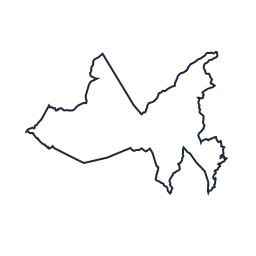 the district of Caetité, Bahia, Brazil, rotated 80°
{"feature_id": "56859067B25942812879091", "entity_name": "Caetité", "entity_type": "district", "adm_level": 2, "iso_a3": "BRA", "parent_name": "Brazil", "parent_adm1": "Bahia", "projection": "orthographic", "projection_center": [-42.469, -13.986], "detail": "fine", "context": "isolated", "style": "outline", "palette": "slate", "viewbox_px": 256, "rotation_deg": 80, "n_neighbors": 0, "source": "geoboundaries", "source_scale": "gbopen_adm2", "svg_char_len": 5681}
<svg xmlns="http://www.w3.org/2000/svg" viewBox="0 0 256 256"><g transform="rotate(80 128 128)"><path d="M128.4,215.2L129.6,213.6L129.9,212.7L130.9,212.5L131.9,211.5L132.4,210.6L133.1,210.7L133.2,209.9L134.0,209.9L134.6,209.2L134.2,208.3L134.0,207.1L133.5,206.1L132.8,205.4L135.4,203.7L150.7,183.2L154.8,177.5L153.6,153.9L148.1,128.9L149.1,128.5L150.0,127.9L150.8,127.2L151.6,125.9L151.3,124.9L151.2,123.7L151.2,122.4L151.6,121.6L151.6,120.3L150.9,119.5L150.4,118.6L151.0,117.5L151.8,117.0L154.1,114.6L154.0,113.8L153.2,112.2L152.1,110.0L157.2,108.1L167.6,106.9L170.9,106.3L171.1,105.5L171.9,105.0L173.1,105.2L174.3,105.6L175.4,106.2L176.2,106.9L177.7,107.2L178.3,107.5L179.3,108.3L180.2,108.3L181.3,108.7L182.0,109.2L182.7,109.5L183.6,109.7L184.2,109.2L185.4,107.8L186.4,106.0L187.2,105.6L188.3,104.0L188.6,103.4L189.2,102.8L190.5,102.6L191.4,102.2L192.3,100.7L192.8,100.2L193.4,99.7L196.3,99.7L197.0,99.6L199.8,98.0L199.3,97.2L198.8,96.8L197.8,96.6L197.2,96.4L196.6,95.8L195.7,95.3L194.8,94.7L192.1,96.3L191.1,96.6L190.6,96.2L189.6,95.9L187.7,96.4L186.4,96.0L185.5,95.4L184.6,94.4L183.8,93.8L183.2,93.2L182.6,92.8L182.0,91.9L180.9,91.6L180.3,91.0L180.1,90.3L180.1,89.4L179.5,88.6L179.1,87.8L178.5,85.5L177.9,84.5L176.9,84.0L176.1,84.2L175.4,84.0L173.9,84.0L173.2,84.1L172.6,84.8L171.9,84.6L171.7,83.3L171.0,82.0L170.2,81.2L168.9,80.2L167.0,79.9L165.5,78.5L164.4,78.3L163.6,78.7L162.7,78.5L161.7,78.1L158.8,77.5L157.5,77.1L156.8,76.6L162.0,73.6L163.8,71.4L173.8,66.7L183.9,59.9L195.6,58.3L203.7,60.2L205.6,60.1L204.8,59.6L204.2,58.9L203.5,56.5L201.3,55.0L201.6,53.8L201.3,53.0L200.7,52.7L199.6,53.1L198.6,52.8L198.1,52.0L196.7,51.6L195.8,51.5L193.5,50.5L192.6,50.6L193.0,51.5L193.1,52.3L192.1,52.6L191.1,52.6L190.5,52.4L189.1,51.3L188.6,50.9L188.1,50.0L187.6,49.5L186.9,49.2L186.2,49.3L185.6,50.1L184.9,49.6L184.4,46.8L183.3,46.3L182.4,45.3L181.5,43.9L180.3,44.0L179.9,44.7L179.3,45.4L178.8,44.5L178.7,42.2L178.0,41.5L177.7,39.7L177.3,38.8L175.7,37.9L175.8,37.0L174.9,36.3L174.6,37.2L174.8,37.8L174.5,38.5L173.5,38.3L172.6,38.4L172.4,39.1L172.7,40.3L173.4,41.9L172.5,41.6L171.5,41.6L170.8,39.7L170.2,38.5L165.6,38.1L164.7,37.6L164.1,37.0L163.5,36.6L163.0,37.5L162.7,38.5L162.1,39.4L160.9,38.9L159.1,39.0L157.5,38.7L156.9,39.0L157.4,40.5L157.6,41.4L156.9,42.0L156.3,42.0L154.9,42.7L154.2,42.9L152.2,42.9L152.1,43.9L153.2,48.6L153.2,49.6L154.1,51.0L152.7,52.5L152.5,53.5L153.0,55.5L153.3,56.4L153.5,57.2L153.8,57.8L154.9,58.6L153.1,58.7L151.4,59.1L150.4,59.6L148.7,59.9L147.6,60.0L146.3,59.5L145.6,59.1L144.4,56.9L143.7,56.1L142.7,55.3L141.9,53.7L140.3,53.3L139.6,52.5L138.7,52.3L136.5,53.0L135.2,53.1L130.6,51.7L129.9,51.6L128.9,51.7L127.2,53.2L126.5,54.0L125.2,54.7L124.5,54.8L123.7,54.5L122.5,53.7L120.4,54.6L119.7,54.6L118.3,53.6L117.3,53.7L116.0,54.3L115.2,54.3L114.4,54.1L113.5,53.3L112.4,52.9L111.7,52.9L111.2,53.3L110.4,53.7L110.6,52.5L111.2,51.6L111.6,50.6L111.5,49.7L111.3,49.0L110.4,48.6L109.3,48.4L108.7,47.7L107.9,47.8L107.1,48.3L105.9,48.6L104.9,46.4L104.5,45.9L104.2,45.3L103.9,44.1L103.5,43.2L103.2,42.3L102.7,39.5L102.6,37.9L101.8,36.0L101.3,35.3L100.0,36.6L99.3,37.0L98.7,38.6L97.9,38.8L96.9,38.3L95.4,37.1L94.7,36.8L94.0,37.3L92.4,37.9L88.7,38.8L88.2,41.3L87.7,41.9L86.7,42.1L85.8,42.0L84.0,42.4L83.3,42.8L82.5,42.9L81.5,42.9L80.7,42.7L79.9,42.5L78.0,41.1L77.7,40.2L77.5,39.2L77.0,38.1L75.7,36.8L75.3,35.9L75.2,34.9L75.3,34.0L75.2,33.1L74.3,31.5L73.8,29.5L73.5,28.5L72.8,27.7L71.9,27.3L71.0,27.4L68.9,27.3L68.5,28.0L68.5,28.8L69.5,30.7L68.7,32.2L68.2,32.8L68.6,33.8L68.1,34.9L68.1,36.2L67.8,37.1L68.4,38.2L69.0,38.6L70.2,39.9L70.3,40.6L71.0,41.6L71.1,42.7L72.2,44.3L72.3,45.6L72.6,46.4L72.7,47.4L74.6,50.6L74.7,51.4L75.1,52.0L75.4,52.9L75.3,53.5L75.9,54.3L76.0,55.4L77.4,56.8L78.2,57.4L78.6,58.2L79.5,58.5L80.3,59.1L80.8,60.0L81.5,60.1L81.9,60.7L82.2,62.2L82.8,63.1L83.1,63.9L83.1,64.8L83.1,65.9L83.4,66.8L84.7,69.0L85.4,69.6L86.0,70.3L87.6,70.8L88.9,71.9L89.9,72.5L90.4,73.1L91.2,73.2L91.9,73.9L92.7,74.3L93.5,74.2L94.6,74.7L94.8,76.0L94.8,76.9L94.9,77.9L95.4,79.0L96.0,81.1L97.7,84.5L98.0,85.2L97.9,85.9L97.5,86.5L97.4,87.2L98.3,88.5L98.7,89.1L98.9,90.2L99.0,91.0L99.3,91.8L99.8,92.2L100.7,92.3L101.6,92.7L102.2,93.3L104.0,94.5L104.5,95.7L105.0,96.3L105.7,96.8L106.1,97.5L106.2,98.4L106.6,99.2L107.0,101.4L107.0,102.5L107.2,103.3L108.8,104.7L109.9,105.3L110.8,105.5L113.1,107.0L114.0,107.2L115.1,108.0L115.6,108.9L115.3,109.9L115.9,110.9L116.6,111.6L116.9,112.3L106.5,118.4L51.1,139.9L50.4,140.2L52.7,143.7L53.8,146.5L54.1,147.7L54.5,148.8L55.2,149.7L56.0,150.5L56.7,150.9L57.9,150.9L58.9,151.3L60.1,151.7L60.7,152.4L61.2,153.2L62.5,153.5L63.3,154.0L65.2,154.1L66.0,154.7L66.6,155.0L67.0,155.7L68.0,155.8L70.5,155.6L71.1,154.7L71.8,153.5L73.0,152.2L73.7,150.9L74.0,149.9L76.0,156.8L78.9,159.1L87.9,163.6L90.2,164.3L91.1,164.3L92.7,164.3L93.6,164.0L94.7,164.3L95.8,164.5L96.3,165.2L95.7,166.1L95.6,166.9L96.5,170.9L96.9,171.9L97.1,173.2L98.3,175.1L99.4,176.3L100.0,177.1L100.9,178.8L101.1,179.7L100.8,180.5L100.9,181.2L100.6,182.8L100.2,183.8L99.7,185.7L99.7,187.5L99.4,188.2L98.5,189.0L97.5,189.5L97.0,190.2L97.0,191.1L96.8,191.9L97.4,192.8L97.3,193.6L98.2,194.1L98.3,195.6L98.1,196.2L97.3,196.0L96.6,196.6L95.8,196.6L95.9,197.6L94.7,198.8L94.2,199.5L94.3,200.4L94.2,201.3L93.5,201.7L92.7,201.5L92.0,201.8L104.1,211.4L108.0,216.3L109.0,217.0L109.4,217.8L109.3,218.7L109.7,219.2L110.7,219.8L111.7,219.8L112.1,220.7L111.5,221.1L111.1,222.0L111.6,224.2L111.7,225.8L112.3,227.1L112.9,227.7L114.1,228.7L114.3,226.9L116.0,225.4L116.1,224.3L116.5,222.5L117.1,222.0L118.0,222.2L119.7,221.1L121.8,220.0L122.2,219.5L122.5,218.7L123.5,218.7L124.0,218.0L124.9,217.7L125.7,217.1L126.5,216.7L127.0,216.2L128.4,215.2Z" fill="none" stroke="#1e293b" stroke-width="2"/></g></svg>